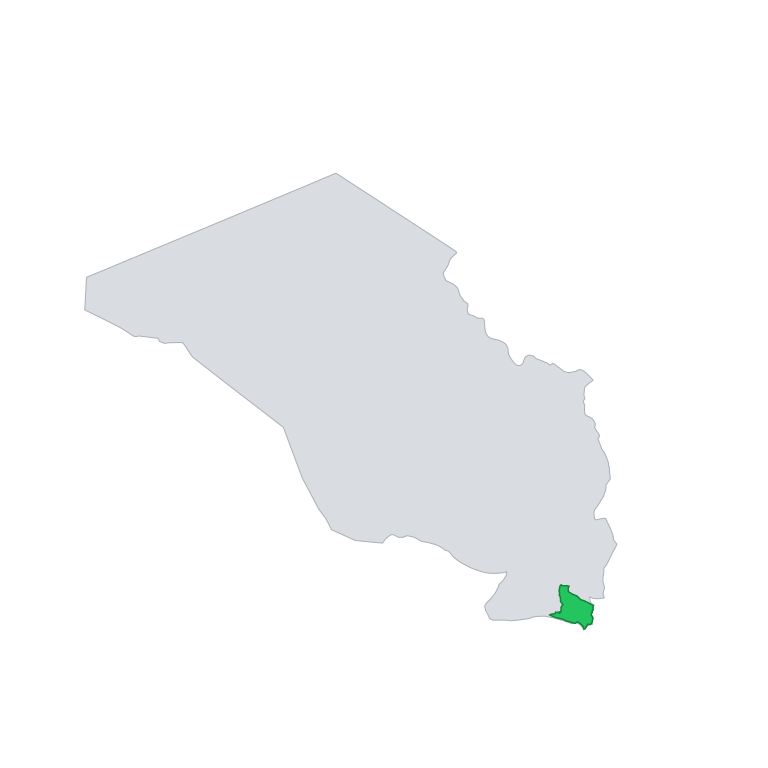 location of Monts de Lam, Logone Oriental, Chad, rotated 304°
{"feature_id": "50815135B14191552615898", "entity_name": "Monts de Lam", "entity_type": "district", "adm_level": 2, "iso_a3": "TCD", "parent_name": "Chad", "parent_adm1": "Logone Oriental", "projection": "equal_earth", "projection_center": [15.78, 8.051], "detail": "fine", "context": "in_parent", "style": "filled", "palette": "green", "viewbox_px": 768, "rotation_deg": 304, "n_neighbors": 0, "source": "geoboundaries", "source_scale": "gbopen_adm2", "svg_char_len": 7043}
<svg xmlns="http://www.w3.org/2000/svg" viewBox="0 0 768 768"><g transform="rotate(304 384 384)"><path d="M531.9,226.3L532.2,243.2L532.5,260.2L532.8,277.1L533.0,294.1L533.3,311.1L533.6,328.1L533.9,345.2L534.1,362.3L534.2,367.9L533.9,370.2L533.7,370.5L533.2,370.9L526.4,369.3L523.4,369.3L519.3,370.5L513.2,371.1L509.2,370.9L506.5,373.9L504.4,377.4L505.5,385.9L505.3,388.7L504.5,391.6L502.7,394.2L500.9,396.2L499.8,397.9L498.5,401.8L497.5,403.6L497.6,406.0L497.3,408.5L496.2,409.8L493.3,410.8L491.5,411.9L490.1,413.8L489.1,415.1L489.6,416.9L490.4,419.3L490.8,423.1L491.1,425.4L492.5,427.2L493.4,428.5L493.7,430.1L492.9,431.4L489.5,434.2L488.1,435.2L486.5,436.6L485.9,437.1L483.4,439.7L482.1,442.1L481.5,444.0L481.6,446.7L482.9,450.7L484.3,454.1L484.9,456.6L485.3,459.5L485.2,462.1L484.4,464.4L483.2,466.5L478.4,470.5L476.1,474.8L474.2,480.0L473.8,482.9L474.3,484.8L475.3,486.4L476.8,487.2L478.9,487.5L482.3,486.6L485.5,486.0L489.0,487.9L490.8,492.3L490.1,495.5L491.4,501.4L492.7,508.4L492.6,510.8L493.1,511.7L495.3,512.2L495.7,513.8L495.1,526.2L496.2,529.7L497.6,532.1L499.3,533.4L500.9,535.1L501.8,536.2L503.6,536.5L505.8,538.8L506.4,541.8L506.3,544.7L505.1,551.0L504.1,555.2L502.9,554.9L500.4,553.9L497.3,553.0L493.6,552.3L490.0,554.0L486.2,556.2L485.0,557.9L483.9,558.8L482.2,558.7L480.7,559.0L479.8,560.6L478.4,562.3L472.9,565.9L471.7,567.3L471.0,568.6L471.0,570.0L471.6,573.0L471.6,576.6L470.4,579.6L469.0,581.6L467.4,582.4L466.0,582.8L465.1,584.0L462.2,590.8L461.0,592.1L458.4,591.8L451.2,602.0L450.4,605.0L447.8,609.2L444.4,613.9L441.4,616.2L441.2,617.1L440.3,618.0L438.5,619.0L432.0,624.7L424.3,624.5L420.8,626.8L417.5,627.8L412.6,628.9L411.1,628.8L404.9,629.2L397.5,629.1L394.7,629.9L392.1,632.0L390.1,634.0L389.8,634.6L390.1,635.4L390.1,636.0L395.2,640.7L396.5,643.0L395.2,645.3L394.6,645.6L393.7,647.5L390.7,652.8L386.1,659.1L383.8,660.9L382.9,662.0L381.7,666.2L380.9,666.8L377.7,667.3L371.5,667.8L362.8,669.1L357.7,669.6L354.4,669.2L349.9,672.1L348.3,672.8L347.3,673.0L342.8,675.8L339.1,680.1L337.8,681.0L332.5,682.8L330.4,685.8L329.5,686.0L326.1,682.1L323.8,678.5L322.7,674.9L322.6,673.8L321.9,674.0L320.1,675.6L318.5,677.4L317.8,680.9L312.3,683.2L307.7,685.2L305.6,687.7L302.3,689.0L298.2,688.4L294.9,687.4L291.8,687.1L293.3,683.9L293.9,681.6L294.0,678.7L293.8,676.8L291.9,675.8L290.7,674.3L288.0,665.3L285.2,656.0L281.3,646.9L277.0,641.0L273.9,637.5L272.9,637.0L271.3,635.9L270.2,634.9L264.6,628.7L258.7,621.8L257.2,618.6L254.3,613.9L251.0,609.0L249.3,606.8L248.5,602.8L250.8,599.2L253.2,594.7L256.2,591.6L260.0,591.4L266.4,592.7L273.2,593.1L280.0,592.2L281.8,591.5L283.5,591.6L287.2,592.6L293.6,592.4L296.8,590.6L293.3,587.4L289.5,582.5L285.9,577.0L283.8,572.1L281.8,565.7L280.0,557.9L278.9,547.7L279.0,542.0L279.6,537.8L281.5,531.2L280.3,527.2L280.6,524.1L280.4,519.4L279.8,517.0L277.3,509.2L276.8,508.4L274.6,503.0L273.7,494.0L271.2,488.1L267.3,485.2L265.0,481.8L264.2,475.6L262.7,474.0L256.5,471.8L251.3,471.8L247.5,464.9L242.7,456.0L238.2,447.7L235.4,431.1L233.8,421.7L235.7,418.8L239.4,412.0L244.1,399.2L254.8,379.3L260.2,369.1L271.0,353.9L284.3,335.3L291.8,324.8L293.0,305.7L294.3,285.5L295.2,270.3L296.4,252.3L297.4,237.3L298.2,226.4L299.2,210.9L300.1,207.9L305.2,195.8L305.6,194.2L304.6,192.1L297.3,181.8L295.0,179.5L293.7,174.2L295.6,171.2L286.8,154.0L284.6,151.9L283.7,149.8L283.6,146.7L283.4,134.8L281.1,116.1L278.1,94.5L288.4,88.3L296.2,83.7L306.1,77.7L315.4,83.8L328.7,92.7L342.2,101.5L355.6,110.4L369.0,119.2L382.5,128.1L396.0,137.0L409.5,145.9L423.0,154.8L436.5,163.7L450.1,172.6L463.7,181.6L477.3,190.5L490.9,199.4L504.5,208.4L518.2,217.3L531.9,226.3Z" fill="#d9dde1" stroke="#a8b0b8" stroke-width="1"/><path d="M296.6,656.5L296.3,656.7L295.9,657.0L295.6,657.3L295.4,657.5L295.1,657.5L294.9,657.5L294.7,657.6L293.9,658.0L293.2,657.9L293.4,657.3L293.1,656.8L292.5,657.1L292.1,657.3L292.1,657.0L292.0,656.8L292.0,656.6L292.0,656.2L292.0,655.8L291.6,655.4L291.1,654.8L290.9,654.3L290.8,653.9L290.5,654.0L290.0,654.2L289.0,653.8L287.8,652.9L287.3,651.9L286.5,651.3L286.4,651.2L286.1,651.0L285.7,650.7L285.2,650.5L285.2,651.0L285.3,651.3L285.4,652.1L285.5,652.6L285.6,653.4L285.7,653.9L286.0,655.4L286.2,656.5L286.3,657.0L286.6,657.6L286.7,658.0L286.8,658.2L286.9,658.6L287.1,659.0L287.3,659.5L287.9,661.0L288.2,661.9L288.3,662.0L288.7,663.2L288.8,663.3L288.9,663.7L289.1,664.2L289.3,664.8L289.4,665.1L289.4,665.3L289.3,666.0L289.3,666.4L289.2,666.6L289.2,667.0L289.3,667.2L289.3,667.4L289.4,667.8L289.7,668.3L289.9,668.5L290.0,668.9L290.1,669.0L290.2,669.4L290.6,671.0L291.0,672.6L291.1,673.0L291.3,673.5L291.5,673.8L291.6,674.1L292.0,675.1L292.2,675.3L292.4,675.7L292.4,675.9L292.5,676.2L292.7,676.5L292.8,676.6L293.0,676.7L293.6,676.9L293.9,677.0L294.6,677.2L294.8,677.2L295.0,677.3L295.2,677.6L295.2,677.8L295.1,678.0L295.0,678.3L295.0,678.5L295.0,679.1L295.1,679.4L295.1,679.7L295.1,680.4L295.2,680.6L295.1,681.1L295.0,681.4L294.9,681.5L294.7,681.8L294.8,682.1L294.9,682.3L294.9,682.5L294.8,682.9L294.7,683.2L294.4,683.7L294.3,683.9L294.3,684.0L294.5,684.3L294.5,684.5L294.4,684.6L294.2,684.8L294.1,685.1L293.8,685.3L293.7,685.5L293.5,685.8L293.2,686.2L293.0,686.3L292.8,686.7L292.6,686.9L292.8,687.1L293.3,687.4L293.5,687.4L293.7,687.6L293.8,687.6L294.1,687.6L295.9,687.4L295.9,687.5L296.4,687.4L296.6,687.4L296.9,687.3L297.0,687.3L298.2,687.3L298.9,687.3L299.0,687.3L299.0,687.5L298.9,687.8L299.0,688.0L299.2,688.4L299.4,688.8L299.5,688.9L299.7,689.0L299.8,689.1L299.8,689.4L300.1,689.6L300.3,689.4L300.5,689.5L300.8,689.6L301.0,689.8L301.2,690.1L301.3,690.3L301.5,690.1L301.8,690.1L302.0,690.1L302.2,689.9L302.3,689.9L302.7,689.8L302.9,689.8L303.4,689.5L304.2,689.3L304.5,689.1L304.8,688.8L305.1,688.7L305.4,688.6L305.9,688.6L306.0,688.6L306.3,688.4L306.5,688.4L306.6,688.2L306.9,687.9L307.1,687.8L307.2,687.4L307.3,687.2L307.5,687.1L307.6,686.8L307.8,686.8L307.9,686.7L307.9,686.3L308.1,685.7L308.2,685.4L308.2,685.2L308.3,685.2L308.7,684.8L309.3,684.5L309.7,684.5L309.8,684.4L310.2,684.4L310.3,684.5L310.6,684.5L310.8,684.3L311.1,684.3L311.5,684.3L311.7,684.2L311.8,684.0L312.0,683.6L312.4,683.5L312.5,683.5L312.8,683.6L313.2,683.7L313.5,683.8L313.9,683.7L314.1,683.6L314.2,683.4L314.4,683.2L314.8,683.0L315.1,682.8L315.2,682.7L315.4,682.2L315.5,682.1L315.8,682.1L316.5,681.8L316.7,681.7L316.8,681.7L317.0,681.5L317.6,681.5L317.5,681.1L317.5,680.9L317.4,680.2L317.3,679.8L317.1,678.8L317.0,677.3L316.9,675.5L316.6,673.9L316.4,672.1L316.0,670.3L315.4,668.7L315.3,666.6L315.8,664.6L316.2,662.9L315.9,661.1L315.6,660.0L315.2,658.4L315.1,656.9L315.0,654.7L314.9,653.0L315.7,652.4L316.4,651.8L317.2,651.3L318.1,650.8L319.0,650.5L319.8,650.5L319.4,649.2L318.8,648.0L318.1,647.2L317.2,645.9L316.5,644.5L316.6,643.1L315.8,643.0L314.7,642.9L312.6,643.9L310.2,644.9L310.1,645.0L309.5,645.8L309.1,646.3L309.0,646.5L308.5,646.6L308.0,646.8L306.6,647.8L306.6,648.0L306.5,648.8L305.7,649.4L305.6,649.5L305.4,649.6L304.4,650.6L302.8,651.6L302.0,652.9L301.7,654.4L301.1,655.6L300.4,655.5L300.2,655.5L300.1,655.4L299.0,655.6L298.2,655.7L297.7,655.7L296.6,656.5Z" fill="#22c55e" stroke="#15803d" stroke-width="1.5"/></g></svg>